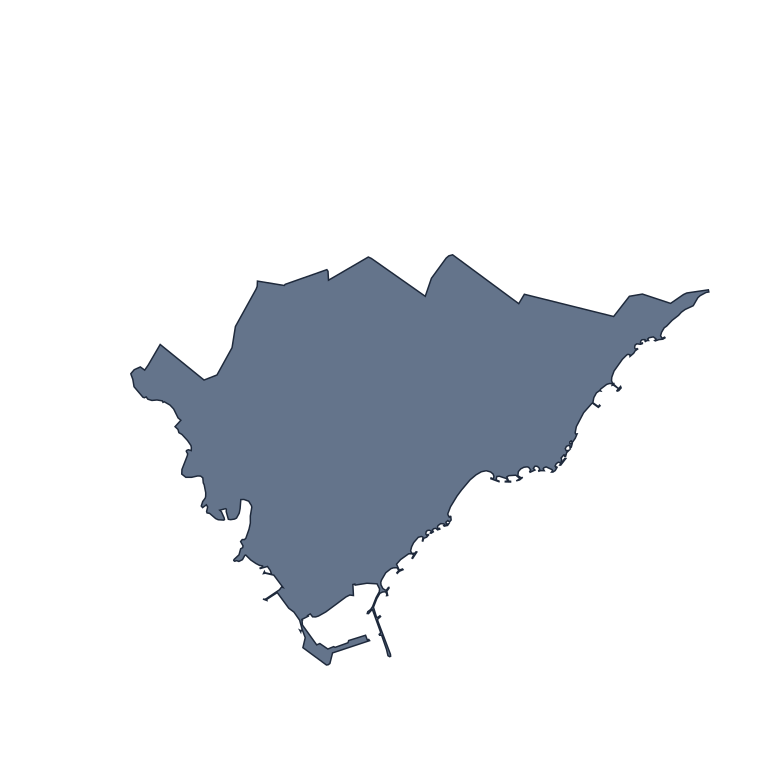 Mangalia, Constanta, Romania, rotated 35°
{"feature_id": "2599482B15082485169173", "entity_name": "Mangalia", "entity_type": "district", "adm_level": 2, "iso_a3": "ROU", "parent_name": "Romania", "parent_adm1": "Constanta", "projection": "equal_earth", "projection_center": [28.576, 43.845], "detail": "fine", "context": "isolated", "style": "filled", "palette": "slate", "viewbox_px": 768, "rotation_deg": 35, "n_neighbors": 0, "source": "geoboundaries", "source_scale": "gbopen_adm2", "svg_char_len": 6170}
<svg xmlns="http://www.w3.org/2000/svg" viewBox="0 0 768 768"><g transform="rotate(35 384 384)"><path d="M221.3,372.3L224.1,376.7L224.8,379.6L229.3,422.1L238.7,441.4L242.0,472.4L234.3,484.0L178.0,480.0L180.0,504.0L180.0,509.9L174.6,509.8L171.2,515.5L170.7,520.7L171.3,521.3L175.5,524.2L180.8,529.6L194.1,533.1L195.6,532.7L196.6,531.0L199.3,531.9L203.3,530.6L207.2,527.3L212.0,525.0L213.5,525.8L214.1,524.6L220.8,524.0L226.0,525.1L234.8,529.9L238.4,530.2L237.3,538.8L241.3,539.4L243.9,541.5L247.4,541.2L255.5,543.0L261.1,545.1L262.6,546.5L264.3,549.1L261.4,550.1L260.4,551.8L260.7,552.6L263.2,553.8L264.0,555.5L267.5,569.9L270.0,573.8L275.2,574.1L279.9,570.8L284.1,566.2L286.6,564.6L289.4,564.8L292.7,568.7L294.5,569.7L300.4,575.4L302.4,578.4L303.0,580.0L302.9,584.2L304.3,588.8L306.3,589.3L307.8,584.8L310.1,585.9L311.8,590.2L313.0,591.1L315.4,590.0L323.3,590.8L326.0,590.3L330.8,587.4L331.1,586.6L329.9,585.4L324.1,581.9L321.8,581.6L325.7,577.0L326.7,577.0L328.0,579.1L334.1,584.1L336.2,583.1L339.1,580.3L340.1,578.4L339.5,572.9L337.6,568.6L333.0,560.8L335.5,558.9L340.4,557.6L345.1,559.6L346.4,560.8L350.2,568.8L354.3,574.6L356.7,580.3L359.3,589.6L358.9,591.5L357.1,592.7L356.9,595.3L361.3,597.4L362.1,599.1L361.1,601.2L363.2,607.1L361.8,613.8L362.2,614.8L363.4,614.8L364.6,613.2L366.9,612.6L368.8,609.1L368.3,604.2L368.9,603.4L375.8,604.6L382.1,604.5L385.9,604.0L388.9,602.7L389.6,603.5L388.1,605.9L388.5,606.1L393.2,600.3L397.8,602.0L401.0,604.3L394.7,606.9L393.6,606.2L394.0,608.4L395.2,607.1L403.4,603.8L418.0,608.6L416.5,609.1L416.4,612.5L410.8,627.1L410.0,628.6L408.2,629.6L412.3,628.5L411.5,627.7L416.2,616.1L434.6,622.3L441.1,622.5L450.4,625.9L458.1,632.3L457.2,633.9L456.3,634.0L457.9,634.8L457.5,634.1L458.6,632.6L465.0,637.0L468.8,646.5L498.0,647.2L499.3,646.0L500.0,644.0L496.1,633.8L519.4,602.5L518.0,602.0L517.1,603.2L513.0,600.4L502.2,614.4L502.9,616.6L501.1,619.2L495.0,627.8L493.4,628.0L490.0,633.3L480.3,633.4L478.5,636.3L455.4,628.2L452.4,624.6L452.6,624.2L451.8,623.9L455.1,617.7L454.2,617.5L455.5,614.6L459.1,615.7L461.7,613.9L463.4,611.7L467.1,604.0L475.0,580.2L477.0,576.5L480.3,574.8L473.5,566.1L474.9,564.6L475.7,565.3L484.3,557.0L492.9,551.7L497.9,554.4L499.3,556.9L500.0,563.4L502.3,572.9L502.4,576.4L501.3,579.8L501.9,581.6L503.0,581.0L503.6,575.4L504.0,575.5L523.3,589.1L524.1,590.3L523.6,591.8L524.5,592.3L526.2,591.2L538.3,600.0L543.1,604.3L545.1,604.1L545.6,603.2L544.3,601.7L514.8,581.6L513.7,580.3L514.6,576.5L513.6,576.2L512.8,578.7L511.6,579.3L503.4,572.9L501.2,563.9L500.7,557.8L502.2,555.1L504.5,553.3L506.9,554.5L507.5,555.9L508.3,555.1L505.2,552.2L505.2,548.4L504.7,547.8L504.3,548.1L504.2,551.5L503.1,552.1L500.4,552.2L496.8,550.3L495.1,548.3L494.4,545.9L493.7,537.6L495.6,531.3L497.2,529.1L499.8,527.2L500.8,527.3L503.0,528.3L502.8,531.3L503.5,531.5L504.0,528.6L506.1,525.2L505.3,524.9L503.2,527.7L497.6,524.4L498.3,518.3L501.6,508.9L504.3,507.0L506.4,506.9L506.8,510.5L507.5,510.4L507.3,502.8L506.5,503.0L506.3,505.0L503.8,506.8L501.5,505.4L500.0,501.5L499.3,497.0L500.0,489.9L502.0,487.5L503.4,487.1L504.1,487.5L505.4,490.5L505.9,490.4L505.1,487.6L506.8,485.0L507.1,482.1L506.4,482.0L505.8,483.4L504.2,482.8L503.3,480.8L503.5,479.2L504.8,477.9L506.5,477.4L507.5,477.8L507.4,479.5L508.2,479.2L509.2,476.8L507.3,475.8L507.7,474.0L509.4,472.4L511.5,472.8L513.0,470.9L512.3,470.4L511.2,471.7L509.6,470.0L509.5,468.8L510.5,465.9L513.3,464.2L514.6,464.6L514.1,465.7L514.9,465.9L517.2,463.4L517.2,461.3L515.5,463.0L514.0,461.7L514.6,459.3L516.8,459.5L517.0,456.9L514.7,454.2L514.1,454.4L514.2,455.4L513.4,455.6L510.8,454.0L508.9,446.5L508.1,433.9L508.3,426.4L509.5,413.1L511.5,405.6L514.1,400.0L517.5,396.4L521.8,394.9L525.0,395.2L527.0,396.6L528.1,399.0L525.6,399.5L525.9,400.3L534.2,398.1L534.0,397.6L530.7,398.2L529.5,395.0L531.4,393.4L538.7,391.2L541.1,392.6L539.2,394.1L539.5,394.6L543.9,391.7L543.5,391.1L541.7,392.0L537.9,389.6L538.8,387.5L544.3,383.1L549.2,383.5L549.5,384.1L547.9,387.5L550.1,384.8L551.2,380.9L550.1,382.2L546.2,382.3L544.3,378.7L544.7,375.1L546.3,372.0L548.8,369.7L550.4,369.3L553.5,370.3L553.5,372.1L554.3,372.5L557.0,367.9L554.8,367.5L554.7,365.0L555.6,364.1L557.0,363.5L559.5,363.9L560.6,364.8L560.4,366.3L560.9,366.6L562.0,365.1L565.0,363.1L563.1,362.2L563.0,361.0L564.3,358.9L570.7,357.8L571.9,358.4L571.8,360.0L572.9,359.2L573.9,356.7L573.6,353.0L573.0,352.8L572.5,353.7L571.2,353.1L570.8,350.5L571.6,348.1L572.8,347.6L574.5,347.8L574.5,349.6L575.3,349.1L575.7,340.7L574.8,341.1L574.7,346.1L573.7,346.1L572.8,343.9L571.5,343.1L572.0,338.9L573.0,338.4L573.5,339.5L574.3,339.1L573.0,335.5L573.6,332.1L571.7,334.1L570.9,333.8L569.6,333.0L569.2,330.4L570.8,328.0L571.7,328.0L573.4,330.0L573.6,328.2L572.4,324.9L571.6,325.1L571.0,326.2L570.0,325.9L569.4,324.7L569.9,323.2L571.8,323.9L571.8,318.8L570.8,314.1L569.8,315.0L568.6,314.4L566.0,308.6L564.0,293.0L565.4,280.6L565.9,280.1L573.0,280.2L573.5,277.9L572.6,277.7L572.6,279.6L565.8,279.5L563.7,274.8L563.1,269.4L564.3,266.0L565.6,265.4L564.4,265.0L564.4,263.8L566.7,256.5L568.5,254.2L570.2,253.2L571.3,253.2L571.6,254.2L572.3,253.3L578.8,253.3L578.6,255.9L579.1,256.1L580.1,254.8L580.5,251.2L579.2,250.3L578.9,253.1L577.0,253.1L572.3,252.5L572.0,251.7L570.7,252.3L568.4,250.7L566.7,247.8L565.0,241.4L565.1,227.0L566.2,220.9L566.8,219.8L568.6,219.0L569.7,220.3L570.9,215.6L570.7,212.9L571.7,209.9L571.0,209.8L570.4,211.1L569.2,211.0L568.2,210.1L567.4,208.2L568.0,206.1L571.4,204.3L572.5,202.7L572.1,202.2L571.3,203.2L570.2,202.8L569.7,201.4L570.0,199.7L572.2,198.0L573.6,198.3L573.2,199.1L573.7,199.3L574.5,197.6L575.8,196.6L574.2,195.9L574.5,194.2L577.6,190.9L581.0,191.1L581.4,191.8L580.7,193.1L581.5,193.1L583.7,190.0L586.7,187.4L587.7,185.0L587.0,184.7L585.6,187.0L582.9,185.9L581.7,182.4L581.3,177.2L582.3,174.5L583.5,166.6L585.9,158.8L586.4,154.7L587.9,150.3L592.4,142.5L591.6,133.2L592.3,130.3L595.3,124.3L597.3,122.3L595.7,120.8L579.8,135.8L578.0,138.9L572.5,153.6L544.1,162.1L534.7,171.4L533.4,197.0L447.5,230.0L448.3,240.9L366.1,238.8L363.6,241.8L362.7,245.2L362.2,270.2L367.5,288.5L301.6,288.4L298.3,289.0L279.0,330.8L273.5,323.8L271.6,323.1L245.9,359.0L245.8,360.5L221.3,372.3Z" fill="#64748b" stroke="#1e293b" stroke-width="1.5"/></g></svg>